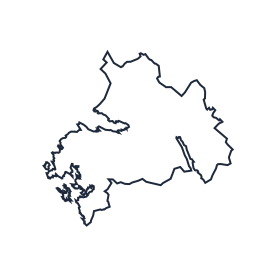 outline of Hemne nor, Sør-Trøndelag, Norway, rotated 251°
{"feature_id": "86288312B71092976212534", "entity_name": "Hemne nor", "entity_type": "district", "adm_level": 2, "iso_a3": "NOR", "parent_name": "Norway", "parent_adm1": "Sør-Trøndelag", "projection": "albers", "projection_center": [8.977, 63.29], "detail": "fine", "context": "isolated", "style": "outline", "palette": "slate", "viewbox_px": 256, "rotation_deg": 251, "n_neighbors": 0, "source": "geoboundaries", "source_scale": "gbopen_adm2", "svg_char_len": 5589}
<svg xmlns="http://www.w3.org/2000/svg" viewBox="0 0 256 256"><g transform="rotate(251 128 128)"><path d="M67.1,174.0L69.5,174.1L72.1,173.3L79.7,173.5L83.5,172.8L92.2,172.7L102.7,170.4L103.5,170.9L102.4,171.9L102.2,172.8L102.9,173.3L102.4,174.3L99.2,174.2L97.2,175.1L93.7,175.4L91.8,177.0L88.7,176.5L78.4,177.0L77.7,178.2L74.7,179.2L74.9,178.2L74.2,177.8L68.8,176.9L66.4,177.5L65.8,178.1L65.7,179.3L64.6,180.1L63.7,180.1L63.2,179.5L59.6,181.7L57.6,181.6L56.7,180.9L54.7,182.4L51.0,183.2L52.4,189.7L55.7,192.4L61.1,198.1L63.8,199.9L64.5,201.2L63.8,203.8L60.5,210.1L61.1,213.5L67.3,213.8L72.8,218.1L73.6,220.0L79.9,216.8L82.8,215.9L85.7,218.1L99.7,209.8L102.2,214.5L102.8,216.4L102.9,218.6L103.1,219.3L106.4,217.8L105.6,216.6L109.0,214.5L110.3,212.4L112.3,211.7L114.5,213.6L116.4,216.3L119.5,214.8L118.3,213.8L118.4,211.7L120.7,211.2L119.6,208.9L121.0,208.3L130.2,208.8L130.9,210.4L136.7,212.6L140.8,213.1L145.2,210.4L150.8,208.6L150.9,205.9L150.3,202.4L143.1,193.4L140.8,189.1L152.6,182.1L154.2,177.3L160.9,172.4L165.4,171.6L166.5,173.2L166.3,174.9L176.8,177.3L179.9,175.1L180.3,174.1L184.7,172.2L185.1,171.3L186.9,170.1L192.2,168.5L192.1,166.6L194.5,164.5L194.4,163.2L191.6,163.2L190.5,160.5L190.2,159.4L189.8,151.8L190.9,148.7L190.0,146.0L187.9,142.8L188.1,142.0L187.8,141.1L194.0,135.8L206.7,133.4L200.9,127.0L196.9,129.2L192.7,121.3L186.8,124.4L175.9,126.1L163.4,115.4L159.7,109.0L158.1,105.2L157.5,102.4L156.5,102.7L156.5,101.5L156.1,101.2L154.6,101.6L154.0,102.9L154.7,103.8L154.0,104.8L152.2,105.2L151.9,104.3L151.5,104.5L150.5,108.1L148.8,109.0L147.3,110.9L142.0,113.3L143.1,112.4L142.0,111.8L140.3,112.7L139.6,115.7L137.7,116.3L136.6,117.8L137.4,118.2L137.1,118.3L137.2,118.9L138.0,119.6L137.1,120.5L137.7,121.0L137.8,121.6L133.5,126.1L133.4,127.2L130.7,129.3L128.7,129.3L128.3,127.6L128.5,126.6L127.8,126.4L128.5,126.2L127.8,125.6L128.3,124.7L127.5,124.2L127.7,123.4L127.5,123.2L127.6,122.4L128.6,121.3L127.5,120.8L129.0,118.4L129.0,117.9L128.6,117.1L126.5,117.9L127.0,117.3L126.7,117.1L128.3,115.6L129.9,112.6L131.8,110.9L131.9,109.9L133.7,106.0L139.0,101.1L138.6,99.6L137.1,99.7L137.4,99.0L134.7,100.4L135.0,99.2L136.2,97.7L136.0,97.2L134.7,97.7L134.9,96.6L135.5,95.9L136.0,94.2L139.8,90.0L142.5,89.1L145.5,87.2L149.1,83.8L147.7,83.0L147.9,81.3L143.0,82.4L143.7,81.6L142.7,82.5L141.6,82.6L142.0,81.3L141.5,79.7L140.9,78.7L141.1,77.7L142.1,76.3L142.0,75.8L143.1,73.3L142.7,70.5L141.7,69.0L141.2,66.6L139.8,66.8L139.1,65.7L139.6,62.9L139.2,61.1L137.9,59.1L136.3,59.5L134.5,58.7L130.5,60.1L129.6,58.7L129.7,57.8L133.1,57.5L133.6,56.8L133.5,56.3L134.0,56.2L133.6,55.8L130.2,56.9L127.4,55.4L127.2,54.4L128.3,51.9L128.1,51.0L129.6,48.8L129.3,48.0L126.6,48.9L124.8,48.0L123.4,48.5L122.6,47.3L121.1,47.5L120.4,47.0L121.0,45.2L119.3,45.8L119.5,45.4L115.9,46.1L112.7,45.9L112.5,45.4L113.4,44.7L113.8,43.5L112.7,42.6L113.0,41.8L112.7,39.0L111.3,37.6L111.8,36.3L106.7,36.3L106.4,36.7L106.9,37.3L105.6,37.9L106.5,39.5L105.8,40.9L107.5,41.4L105.7,44.4L106.3,44.9L107.8,44.7L108.1,44.7L108.2,44.8L105.5,46.0L101.9,49.1L101.0,49.1L102.6,49.9L103.8,51.2L103.5,51.8L104.2,51.9L105.6,53.9L106.6,54.1L106.8,55.0L103.1,58.3L99.9,59.7L101.1,60.0L102.2,58.9L104.0,59.0L104.6,59.7L104.5,61.0L105.3,61.5L109.2,60.8L112.4,63.2L112.1,63.9L110.1,63.4L108.3,64.5L109.1,65.7L108.9,66.4L108.0,65.4L107.0,65.5L107.2,66.8L108.1,68.2L108.0,68.7L107.4,68.5L107.1,67.2L105.9,65.8L104.8,66.5L103.0,66.0L101.9,67.2L101.4,66.9L99.2,67.6L97.8,67.2L99.1,65.5L95.7,66.2L96.0,65.3L99.8,63.8L98.4,63.6L96.8,64.4L96.9,63.0L96.1,61.3L94.7,60.9L91.6,61.4L92.1,60.0L91.8,59.7L92.0,58.7L93.0,56.7L91.4,57.6L91.2,57.0L91.9,56.4L91.7,56.3L88.8,57.8L89.1,58.1L87.6,59.1L87.6,59.8L87.2,60.4L87.5,62.3L89.3,62.8L88.2,64.0L86.3,64.8L86.5,63.7L85.8,63.3L84.2,66.0L83.3,66.6L83.0,66.4L83.3,66.0L83.2,65.0L82.2,63.7L82.0,62.3L79.9,63.1L78.8,64.4L80.1,65.2L79.7,66.3L80.8,66.8L80.8,67.3L83.7,69.6L83.9,70.1L83.7,70.5L84.7,70.8L84.3,71.9L84.7,72.4L83.4,73.6L85.6,73.7L84.5,74.8L85.0,75.1L84.3,75.9L84.8,76.0L84.0,76.7L81.3,75.7L81.3,74.8L79.7,73.1L80.0,71.3L79.3,69.6L78.7,69.3L78.8,67.7L77.4,67.9L77.3,67.2L76.7,66.5L77.0,63.1L78.8,60.7L78.1,60.5L78.4,59.8L78.1,59.6L78.3,58.1L76.0,57.4L76.0,55.4L76.6,55.0L74.5,54.9L73.1,56.1L69.1,56.7L68.6,55.5L65.4,55.4L63.4,54.6L62.7,55.0L63.4,55.3L60.2,56.0L59.5,56.6L59.7,56.9L57.9,57.8L58.9,56.9L56.7,57.4L56.6,56.5L56.1,56.2L56.8,55.3L54.2,56.2L52.8,55.8L53.0,56.4L51.7,56.0L49.3,57.2L51.1,62.2L52.7,63.0L56.5,66.5L60.5,68.8L60.0,75.3L59.2,76.2L58.9,77.9L59.0,78.7L58.7,79.1L59.4,81.5L59.5,85.0L64.8,85.3L65.8,84.8L71.2,87.9L73.1,87.3L75.7,85.4L76.7,88.7L81.4,94.5L85.8,92.9L84.3,96.9L79.1,99.7L79.1,103.5L76.2,106.9L74.5,111.1L75.1,114.2L74.8,120.4L75.2,125.1L71.2,127.7L63.3,140.3L64.6,143.3L66.1,151.8L74.3,158.6L74.1,164.7L68.4,167.0L67.1,174.0ZM94.2,41.0L90.5,42.3L89.3,43.1L89.8,43.7L88.5,44.5L85.7,44.9L84.8,44.7L84.6,44.1L83.1,44.3L83.8,43.3L81.9,43.6L81.0,44.7L80.2,44.6L80.4,44.4L80.1,44.5L80.3,45.0L78.4,45.7L80.7,45.4L79.6,46.9L80.7,47.2L79.9,47.5L79.9,48.2L79.3,48.5L77.6,49.4L79.1,49.5L78.1,50.1L78.5,50.4L78.3,50.7L82.5,49.2L83.7,49.8L83.7,50.4L83.1,51.1L85.6,51.1L85.3,51.8L86.5,52.2L86.7,53.0L90.3,52.4L91.6,50.4L92.4,50.0L93.9,50.6L95.2,49.5L94.1,49.1L94.7,48.8L94.5,48.3L93.0,49.4L92.3,48.5L91.1,50.2L90.4,49.8L88.4,50.7L87.7,50.2L87.9,49.6L87.5,49.0L88.9,47.5L86.8,48.1L87.2,46.4L88.3,45.9L88.7,45.0L89.9,45.0L90.5,43.9L92.6,43.4L94.3,41.9L94.2,41.0ZM119.6,36.0L115.9,37.1L114.7,39.0L115.5,40.0L117.6,40.2L118.4,41.9L120.1,41.6L122.0,40.4L122.2,39.3L121.1,39.1L120.7,38.5L120.7,37.6L120.2,37.2L119.4,37.3L119.6,36.0Z" fill="none" stroke="#1e293b" stroke-width="2"/></g></svg>